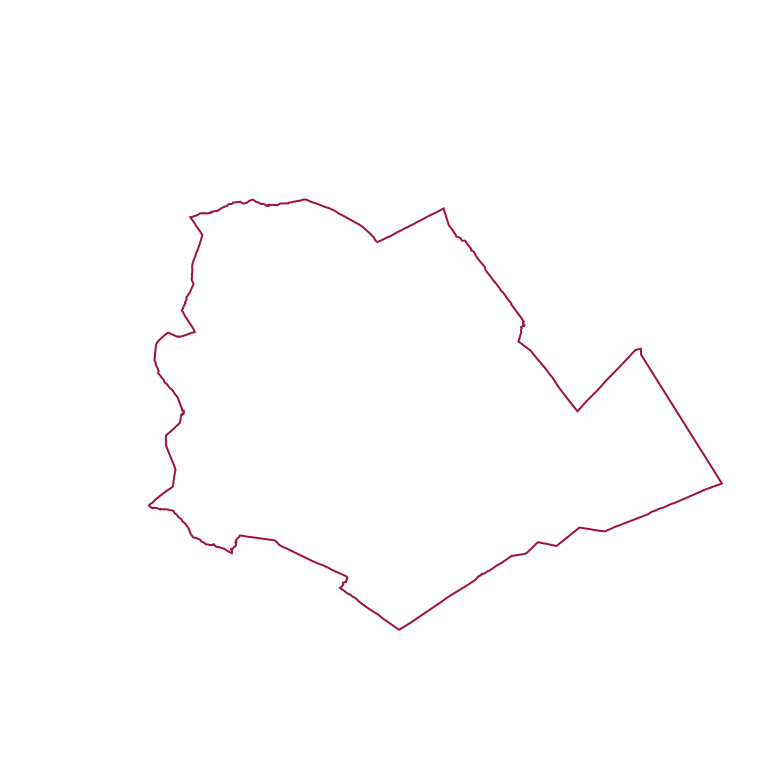 Darova, Timis, Romania (Equal Earth projection), rotated 65°
{"feature_id": "2599482B42801620719721", "entity_name": "Darova", "entity_type": "district", "adm_level": 2, "iso_a3": "ROU", "parent_name": "Romania", "parent_adm1": "Timis", "projection": "equal_earth", "projection_center": [21.73, 45.612], "detail": "fine", "context": "isolated", "style": "outline", "palette": "rose", "viewbox_px": 768, "rotation_deg": 65, "n_neighbors": 0, "source": "geoboundaries", "source_scale": "gbopen_adm2", "svg_char_len": 6153}
<svg xmlns="http://www.w3.org/2000/svg" viewBox="0 0 768 768"><g transform="rotate(65 384 384)"><path d="M394.6,648.2L395.3,648.2L396.3,647.9L398.8,646.3L399.0,645.9L398.5,645.4L398.5,645.2L399.1,644.9L399.7,643.4L401.5,641.1L403.1,640.0L402.8,639.6L402.9,639.3L403.9,637.8L405.6,634.1L410.0,628.4L410.7,628.5L413.0,628.2L415.4,626.9L417.8,626.5L420.2,625.1L421.2,624.8L423.5,624.6L425.9,623.4L427.0,623.0L432.0,622.2L433.1,622.3L433.8,622.2L438.6,622.5L442.4,621.7L444.4,618.9L445.5,618.3L447.0,616.7L448.0,616.2L449.4,616.1L450.1,615.7L451.8,614.2L453.0,613.7L454.4,612.6L455.2,611.1L456.3,610.0L456.8,609.1L457.4,607.2L457.1,606.7L457.3,606.0L457.9,605.7L459.5,605.4L460.5,604.9L462.8,601.7L466.1,598.3L468.1,597.1L473.1,593.5L472.4,592.9L470.9,592.3L469.0,592.5L468.8,592.2L468.9,591.9L469.3,591.4L469.5,591.0L469.2,590.2L468.8,589.9L468.5,589.5L468.3,588.8L468.4,587.2L466.3,585.5L465.4,585.2L465.0,585.4L464.9,584.7L464.6,584.5L464.1,584.4L463.5,584.8L463.3,584.6L463.1,583.9L462.2,582.4L461.4,580.2L460.4,578.7L461.8,576.4L464.9,571.9L472.2,560.4L479.7,549.0L481.6,548.2L486.1,546.7L486.7,546.3L490.7,543.0L491.3,542.1L493.0,540.9L513.9,524.0L518.9,519.6L522.5,515.9L527.5,511.7L529.2,510.7L530.9,509.3L542.3,499.5L543.9,499.0L545.4,500.1L546.7,501.7L547.4,502.1L547.5,502.5L547.0,503.4L546.8,504.3L546.8,505.2L547.5,505.7L548.3,505.6L549.2,506.7L549.7,508.0L550.3,510.0L550.9,509.6L551.8,509.4L552.6,508.6L558.2,505.7L559.3,505.0L560.0,504.1L561.2,503.3L563.6,502.3L564.7,501.3L566.0,500.4L567.6,499.7L571.1,498.4L573.8,497.0L581.2,492.8L591.0,486.5L595.4,484.5L613.1,474.3L611.7,461.3L608.6,442.5L606.2,427.3L604.0,415.1L601.7,394.9L600.2,384.2L599.4,382.2L598.4,380.4L598.3,377.4L597.4,375.7L597.8,374.9L598.1,373.7L597.9,370.9L597.4,369.4L597.7,367.2L596.2,358.7L595.9,354.0L595.8,352.9L593.7,340.6L594.1,340.0L595.8,334.1L597.2,329.3L597.5,327.1L597.4,326.0L595.3,319.4L594.7,318.1L592.4,311.6L592.8,310.8L596.2,306.3L596.7,305.4L603.7,296.1L596.7,267.5L608.3,250.4L611.0,246.0L611.1,235.0L611.7,229.0L611.7,226.7L611.9,225.4L612.3,217.7L612.5,216.5L612.8,210.5L613.7,199.8L613.1,196.6L613.0,194.9L613.3,192.5L613.4,187.9L613.6,185.7L614.1,183.2L614.1,175.3L614.2,173.3L614.6,171.6L615.4,142.5L615.2,140.0L617.0,119.8L466.2,138.6L460.5,136.3L459.5,141.9L467.5,162.0L474.3,180.0L479.5,192.1L484.7,206.5L490.5,220.2L482.3,222.2L464.3,226.3L458.6,227.4L451.9,228.2L448.4,228.8L446.8,229.4L438.4,231.1L430.0,233.3L428.4,233.9L417.4,236.6L415.7,237.1L414.5,237.7L406.9,241.7L402.4,244.2L394.9,237.6L393.4,237.5L391.9,235.9L390.6,235.8L390.2,235.6L390.1,234.1L390.6,232.1L390.2,231.7L389.3,232.0L388.4,232.7L387.7,232.6L386.9,232.1L386.7,231.6L387.0,231.1L387.4,230.8L382.2,231.6L367.4,234.7L365.6,235.1L364.8,234.6L357.3,236.5L354.5,236.8L351.2,237.5L348.3,238.8L347.8,238.8L347.2,238.5L339.3,240.2L335.7,241.3L333.3,241.6L328.5,242.8L324.1,243.7L322.2,243.6L320.7,243.2L317.3,244.0L313.8,245.1L309.9,246.0L306.2,246.6L305.5,246.4L302.3,246.8L300.6,247.6L300.0,248.5L298.9,248.1L298.1,248.0L291.4,249.6L289.9,249.7L288.3,250.1L288.0,250.6L287.8,251.4L286.7,252.9L284.1,253.0L282.9,253.8L280.9,256.2L278.8,255.9L276.1,256.5L271.8,257.1L267.6,258.2L250.1,255.8L250.6,266.0L250.7,266.7L250.5,268.0L251.0,280.9L251.7,291.2L251.5,293.7L251.9,296.5L251.7,298.1L252.1,305.7L252.0,307.2L252.7,315.7L252.5,320.0L252.7,325.7L252.5,330.1L249.8,331.2L247.6,331.2L245.5,331.7L241.7,333.1L232.5,337.0L228.5,339.4L226.8,340.8L222.9,343.5L217.9,347.3L216.5,348.1L209.5,353.6L207.6,354.5L203.2,357.9L200.9,360.0L198.6,362.7L197.5,363.6L191.4,369.4L188.9,372.3L183.8,376.8L182.8,378.9L182.5,381.0L182.5,381.9L182.2,383.4L181.5,385.3L181.2,386.9L180.7,388.5L180.2,391.3L179.3,394.0L179.8,394.5L176.5,401.9L177.0,404.7L173.0,412.3L172.9,413.0L174.0,413.4L173.8,413.8L173.1,414.9L171.0,416.1L169.9,417.0L169.3,418.6L168.6,419.7L166.1,421.3L164.7,423.1L163.1,423.8L162.1,424.6L161.5,425.2L161.1,426.0L161.2,427.1L161.0,428.3L161.4,430.4L161.7,431.4L161.5,434.1L160.7,435.6L160.3,435.9L158.5,436.9L157.9,437.5L157.8,438.9L157.1,439.9L156.9,440.6L156.6,441.5L156.6,442.4L155.7,443.9L156.3,445.1L156.4,446.0L156.2,447.0L155.4,448.4L155.3,449.0L156.2,450.6L156.3,451.2L156.1,451.6L155.9,453.2L155.8,453.4L156.1,454.1L155.9,455.1L155.8,457.1L156.4,458.5L156.4,460.4L156.8,461.5L156.8,462.0L156.3,463.0L154.9,468.0L155.1,468.3L155.7,467.7L155.8,468.0L155.5,468.8L154.8,471.8L154.0,473.3L153.7,474.6L152.7,475.1L152.7,476.3L151.7,478.2L151.9,479.5L152.0,482.3L151.4,487.9L151.0,489.0L158.3,487.7L160.7,487.6L167.1,486.3L172.0,485.7L172.8,485.9L174.1,487.3L179.1,491.7L181.4,494.0L184.2,496.7L184.4,497.2L185.7,498.5L189.4,502.0L192.3,505.1L194.2,506.8L196.2,508.1L199.6,509.5L202.0,510.7L203.4,511.8L204.2,511.9L208.4,514.3L212.9,514.3L215.3,517.2L215.7,517.5L219.6,521.9L219.9,523.4L220.6,523.9L221.4,525.3L221.7,526.3L222.5,526.5L223.7,527.1L224.8,528.2L225.9,529.9L227.0,530.0L227.6,531.1L228.4,531.9L229.1,532.8L229.5,533.1L230.2,534.2L230.8,534.4L231.4,535.8L231.7,536.0L232.4,536.1L233.8,535.8L238.9,535.6L242.0,535.0L245.4,534.7L248.2,534.1L249.4,534.1L250.2,533.8L255.3,533.4L257.0,533.6L256.3,537.7L255.7,544.1L255.1,548.2L254.6,549.5L254.5,550.3L254.2,550.6L253.9,550.4L253.7,550.6L253.8,551.0L253.5,551.7L250.7,554.0L249.4,555.3L246.7,557.3L246.2,558.1L246.6,560.5L247.5,563.7L248.8,567.8L249.0,569.0L249.7,570.0L250.5,572.4L252.4,574.1L254.6,575.6L258.2,577.6L258.7,578.1L263.5,580.7L265.5,582.0L267.7,582.0L270.8,582.6L274.7,582.6L276.7,582.8L277.6,583.0L278.3,583.8L279.0,584.2L281.8,583.3L284.7,582.7L287.6,581.8L288.7,582.1L289.7,582.1L291.3,581.6L291.5,581.1L297.4,579.7L298.6,578.9L300.1,578.3L305.1,577.6L307.1,577.1L309.2,576.7L319.6,577.5L320.6,577.4L321.9,578.2L322.9,577.3L323.4,577.6L324.1,576.7L325.7,577.8L325.4,578.2L326.4,578.9L326.7,579.4L325.8,580.2L326.1,580.7L327.0,581.4L329.8,583.1L332.9,585.4L333.6,587.1L334.8,591.1L336.0,594.3L338.4,603.1L338.9,603.7L344.4,606.2L347.8,607.6L368.8,608.7L371.3,608.9L373.8,609.3L379.3,613.3L381.5,614.6L382.6,615.5L383.8,616.1L387.4,618.5L388.0,619.3L389.0,626.1L390.3,632.7L392.3,640.3L393.0,641.9L393.1,642.8L393.7,643.7L394.0,646.6L394.6,648.2Z" fill="none" stroke="#9f1239" stroke-width="2"/></g></svg>